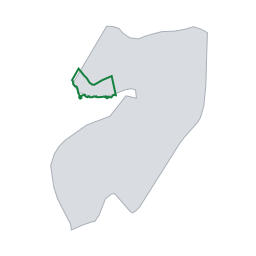 location of Djibouti, Arta, Djibouti, rotated 185°
{"feature_id": "41766387B83981523687012", "entity_name": "Djibouti", "entity_type": "district", "adm_level": 2, "iso_a3": "DJI", "parent_name": "Djibouti", "parent_adm1": "Arta", "projection": "equal_earth", "projection_center": [43.007, 11.493], "detail": "fine", "context": "in_parent", "style": "outline", "palette": "green", "viewbox_px": 256, "rotation_deg": 185, "n_neighbors": 0, "source": "geoboundaries", "source_scale": "gbopen_adm2", "svg_char_len": 1924}
<svg xmlns="http://www.w3.org/2000/svg" viewBox="0 0 256 256"><g transform="rotate(185 128 128)"><path d="M187.1,167.1L179.3,183.3L169.4,204.0L158.1,227.6L151.1,227.7L145.6,226.4L141.8,222.4L134.1,218.0L125.4,217.7L117.0,221.8L102.9,226.9L90.2,228.5L80.0,231.3L71.5,234.6L63.8,232.8L57.2,229.8L55.8,204.8L54.2,177.6L54.4,156.3L56.8,144.7L58.9,140.1L70.9,123.9L75.1,117.3L88.8,90.6L100.6,67.7L109.4,50.6L112.1,47.2L115.8,43.9L118.4,44.9L135.5,61.4L138.5,60.9L144.2,55.8L149.4,38.2L153.1,31.7L154.6,31.9L165.6,27.0L175.5,21.4L176.8,27.2L191.8,50.9L196.7,62.5L201.8,83.9L199.1,95.8L195.2,103.5L189.4,110.5L169.4,127.4L147.0,138.2L132.8,159.9L122.2,158.4L123.8,166.6L127.7,167.5L133.9,166.0L146.2,159.7L157.1,156.7L168.9,156.4L179.6,159.1L187.1,167.1Z" fill="#d9dde1" stroke="#a8b0b8" stroke-width="1"/><path d="M143.0,159.6L148.8,178.3L157.9,173.4L165.2,168.2L167.3,168.1L170.2,169.8L173.5,174.1L176.5,176.6L182.4,182.8L187.9,170.8L187.4,170.4L186.7,169.0L186.3,167.1L186.0,166.5L184.3,164.9L183.1,164.9L182.8,164.7L181.8,162.8L181.6,162.2L180.6,158.4L179.6,157.2L179.1,155.8L179.1,155.3L179.3,154.5L179.2,154.0L178.9,153.6L178.2,153.1L177.4,153.5L177.0,153.9L177.1,154.2L178.2,154.2L178.4,154.5L178.4,154.8L178.2,155.2L177.0,156.1L175.6,156.7L174.5,157.4L173.9,157.3L173.5,156.2L172.8,155.7L171.5,155.2L170.8,155.1L170.4,156.0L170.0,156.2L169.5,156.1L168.8,155.5L168.0,155.3L166.2,155.6L165.7,155.7L165.1,156.1L164.2,156.7L162.9,156.2L162.3,156.7L161.8,156.1L161.4,155.9L159.3,156.2L158.7,156.2L157.9,156.6L157.1,156.5L156.5,156.6L154.9,157.2L154.1,157.0L153.5,157.4L153.3,157.2L153.2,156.7L152.9,156.6L152.6,157.0L152.4,156.5L152.1,156.4L151.9,155.9L151.6,155.8L151.5,156.0L151.7,156.8L151.4,157.1L150.8,157.1L150.4,156.6L150.1,156.6L149.7,157.1L149.4,157.3L149.0,157.1L148.3,157.2L147.9,157.0L147.4,157.0L146.6,157.9L146.2,158.8L145.9,159.2L144.7,159.8L143.0,159.6Z" fill="none" stroke="#15803d" stroke-width="2"/></g></svg>